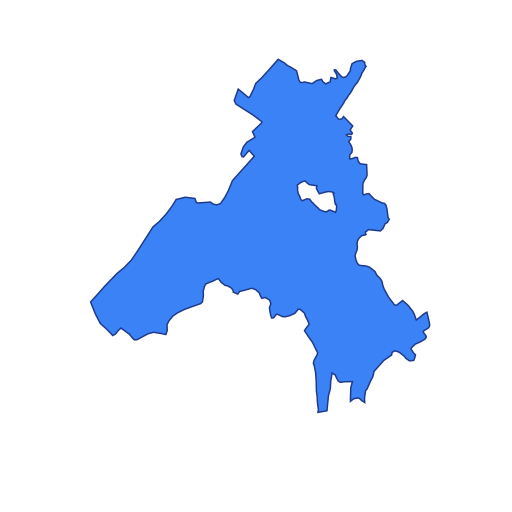 Faqus, Ash Sharqiyah, Egypt (Natural Earth projection), rotated 159°
{"feature_id": "37247803B31970739059734", "entity_name": "Faqus", "entity_type": "district", "adm_level": 2, "iso_a3": "EGY", "parent_name": "Egypt", "parent_adm1": "Ash Sharqiyah", "projection": "natural_earth1", "projection_center": [31.817, 30.749], "detail": "fine", "context": "isolated", "style": "filled", "palette": "blue", "viewbox_px": 512, "rotation_deg": 159, "n_neighbors": 0, "source": "geoboundaries", "source_scale": "gbopen_adm2", "svg_char_len": 6086}
<svg xmlns="http://www.w3.org/2000/svg" viewBox="0 0 512 512"><g transform="rotate(159 256 256)"><path d="M98.2,400.2L100.9,396.7L101.4,395.3L104.6,392.9L105.6,392.2L106.4,391.6L108.2,391.1L110.0,391.2L110.9,391.7L111.8,392.7L112.6,394.6L113.5,397.0L114.0,397.9L114.3,399.4L114.7,400.8L115.2,401.3L116.1,401.8L116.5,400.9L115.7,397.0L116.3,393.2L117.2,393.0L118.1,392.8L120.4,394.6L122.0,395.8L122.4,395.2L123.8,392.9L124.4,392.0L125.2,392.0L126.6,391.9L129.3,391.7L130.0,392.8L131.1,394.6L131.5,397.5L136.4,398.1L141.8,396.8L145.2,399.0L148.5,401.2L150.7,401.3L152.5,402.3L152.9,405.2L152.4,409.0L152.3,409.9L151.8,414.2L152.3,415.1L152.6,415.5L153.5,416.6L155.7,419.6L158.3,422.5L160.5,426.4L160.9,426.9L164.0,430.7L164.9,431.7L176.7,425.4L186.7,420.4L194.4,417.2L198.5,412.6L204.5,407.0L205.0,406.9L206.3,406.6L208.9,411.4L212.8,418.2L220.6,408.9L220.3,405.0L208.1,388.5L202.4,379.3L202.9,378.3L214.7,373.4L214.4,367.2L223.8,365.5L228.8,362.3L233.5,356.7L233.5,353.9L232.2,352.9L228.1,355.2L224.5,357.0L221.9,349.7L251.0,334.8L258.4,326.9L264.3,321.8L270.3,317.7L274.3,317.8L277.4,319.8L279.2,322.7L286.3,324.8L291.2,326.3L292.5,327.3L292.4,331.6L300.9,336.2L310.3,337.4L316.2,332.8L324.9,327.3L334.0,322.8L341.7,320.1L350.4,313.7L365.5,302.6L374.1,296.7L379.5,294.2L380.1,293.9L382.8,292.6L391.8,289.6L407.3,282.4L419.6,276.0L426.9,272.4L426.7,259.5L425.6,249.0L421.7,241.3L419.2,235.5L418.3,233.1L415.2,233.5L411.5,235.7L407.9,237.1L402.2,228.3L400.3,222.5L399.2,221.1L397.0,220.5L384.8,222.1L379.0,221.5L371.9,217.4L368.3,215.0L367.7,215.7L365.6,218.2L364.6,221.1L363.6,223.9L360.4,226.7L355.0,229.8L349.5,231.1L342.7,231.7L341.4,231.8L337.8,231.7L335.1,231.7L331.5,231.6L327.5,231.5L324.8,231.4L323.7,231.8L322.5,232.3L319.3,237.9L317.8,242.2L316.8,243.5L315.5,245.4L313.2,247.8L308.7,248.1L306.0,248.0L300.6,248.4L299.2,248.3L298.0,244.0L297.1,242.6L295.4,239.6L293.6,238.6L291.0,235.7L290.1,233.8L289.7,231.8L290.2,230.4L288.5,228.8L286.7,227.0L283.9,228.8L279.4,228.2L272.3,227.5L270.9,227.0L268.3,224.6L266.1,220.2L266.2,217.4L265.8,214.5L262.6,214.0L262.2,213.9L259.1,210.0L259.2,206.7L259.2,206.2L262.0,202.9L263.0,198.7L263.5,195.3L263.6,192.5L263.0,192.3L262.2,192.0L260.9,192.4L259.5,193.3L258.6,193.8L258.1,194.2L257.2,194.2L252.8,189.8L250.6,188.8L245.7,188.2L241.6,188.5L240.7,188.5L239.4,189.0L238.0,189.9L237.1,190.3L235.7,191.3L233.9,190.3L231.3,185.4L231.4,181.6L231.0,178.7L230.7,173.5L232.1,172.5L235.7,170.3L237.5,168.9L236.6,164.8L235.9,161.7L234.2,155.0L233.5,146.8L233.0,143.8L233.3,143.6L234.1,142.1L239.1,137.9L241.0,135.1L241.0,132.2L242.1,126.1L243.5,121.3L245.0,116.6L247.9,108.6L249.3,102.9L251.3,96.7L252.7,90.6L253.2,89.3L253.7,88.7L254.2,87.8L245.2,86.1L240.0,96.5L238.6,99.3L234.0,105.8L231.1,112.4L228.8,116.2L226.9,119.5L224.7,116.5L224.4,112.2L224.1,110.4L224.0,109.8L222.7,107.9L218.2,106.8L211.0,104.2L214.7,99.1L218.8,89.3L219.9,86.5L215.9,87.7L212.3,87.1L210.5,86.1L209.2,83.2L208.6,82.4L207.0,80.3L205.6,84.5L201.9,91.1L200.0,92.0L193.9,98.2L191.6,100.2L189.9,101.8L187.1,106.0L177.0,111.2L173.9,112.8L169.9,113.7L167.6,114.3L165.8,114.7L164.9,114.9L163.5,117.3L160.3,117.7L159.2,116.8L157.7,115.7L156.3,114.2L155.9,113.3L154.6,111.3L153.3,108.9L152.9,107.0L150.3,103.1L146.2,102.0L143.9,104.4L143.9,104.8L143.5,105.3L143.1,105.8L142.5,106.8L143.4,108.2L144.6,113.4L144.2,114.4L139.2,116.6L133.3,117.0L131.7,117.2L128.3,117.8L127.4,118.2L126.1,119.2L126.0,121.5L126.9,123.5L126.8,125.9L120.5,127.1L118.7,129.0L118.2,130.9L116.6,142.3L117.5,142.2L119.7,141.9L123.4,140.6L128.2,139.1L129.3,138.8L129.1,145.0L129.5,148.4L131.2,153.7L131.6,155.1L132.5,157.0L135.1,161.9L141.0,160.1L142.8,159.7L144.3,160.8L147.0,170.3L148.2,179.4L148.1,183.7L147.6,186.0L147.6,188.4L148.4,191.3L150.1,194.7L150.5,199.0L154.0,204.8L155.7,206.3L157.1,207.3L158.8,208.3L160.0,208.8L161.1,209.3L163.3,210.8L164.1,213.7L164.1,216.5L163.8,218.3L163.5,220.3L163.1,221.3L161.2,223.6L159.4,225.5L158.0,228.3L157.5,230.7L156.1,233.5L153.7,235.5L153.3,235.8L150.7,236.8L149.7,237.2L147.4,236.6L145.6,236.6L145.6,238.5L145.1,239.4L144.2,239.4L141.5,240.3L130.8,234.8L129.0,235.7L127.7,236.1L124.0,239.8L121.3,240.2L120.8,240.7L118.5,242.5L118.9,244.9L118.4,246.8L117.0,252.5L116.8,253.3L116.6,255.4L116.4,256.8L117.3,259.2L119.1,260.2L125.2,266.6L125.6,267.5L126.0,268.5L127.0,270.9L128.2,273.8L130.9,274.4L133.6,274.4L134.0,275.9L131.4,282.4L131.2,283.0L130.6,284.3L130.2,285.3L128.8,286.7L127.7,287.9L126.9,288.3L126.6,288.6L125.2,289.5L124.3,290.4L123.3,291.8L122.0,295.6L120.0,301.7L121.3,302.4L125.8,304.8L126.6,308.1L126.1,311.4L126.5,311.9L127.8,312.4L130.5,312.5L131.9,312.5L133.7,313.1L133.3,314.1L132.3,316.8L130.4,317.8L129.5,318.2L129.3,318.5L128.1,320.6L127.6,322.9L127.6,323.9L127.6,325.3L128.4,329.6L125.7,331.0L125.2,331.9L124.7,333.4L125.6,333.9L126.5,334.3L127.8,335.3L127.9,335.7L128.2,336.8L127.3,336.8L125.5,336.7L124.2,335.7L123.3,335.2L122.0,336.1L122.8,339.0L122.8,340.0L120.8,341.5L119.1,342.7L124.3,354.8L126.5,353.4L128.8,353.5L129.8,354.2L130.1,354.5L130.5,356.4L130.9,357.8L131.4,358.3L126.5,362.2L125.0,363.4L119.7,367.1L119.0,367.6L117.7,369.0L114.0,371.2L111.7,373.1L109.9,374.0L107.6,375.8L105.3,377.8L103.1,379.5L99.0,381.8L93.5,386.5L91.6,388.8L88.4,391.1L88.0,391.6L85.7,393.4L85.2,393.6L85.7,394.4L85.6,396.8L85.1,397.7L86.9,400.6L92.3,401.7L93.2,401.7L96.3,401.3L97.7,400.9L98.2,400.2ZM170.1,272.2L171.9,272.7L173.2,271.9L173.7,272.2L175.5,272.3L179.9,276.2L180.7,278.2L183.3,283.5L183.7,284.9L184.6,286.4L185.5,289.8L187.1,290.7L188.1,291.2L189.9,291.1L191.5,291.1L192.5,290.8L193.7,292.1L193.9,292.8L193.8,297.1L194.2,298.1L194.2,299.0L193.7,302.4L192.7,304.7L192.3,306.2L192.1,307.4L188.6,308.4L185.5,308.8L183.2,308.3L182.4,306.4L180.6,303.5L174.8,300.2L174.4,299.9L174.0,299.5L175.4,297.6L174.8,292.6L174.6,291.4L167.4,290.7L165.2,290.2L162.1,288.6L160.6,286.8L161.7,286.3L161.7,285.8L161.7,284.3L162.2,281.5L162.5,280.4L163.2,277.2L163.3,276.3L163.3,275.8L162.8,275.8L162.8,274.7L162.9,273.4L164.3,270.6L165.2,269.2L166.1,268.2L167.9,270.2L169.2,271.2L170.1,272.2Z" fill="#3b82f6" stroke="#1e3a8a" stroke-width="1.5"/></g></svg>